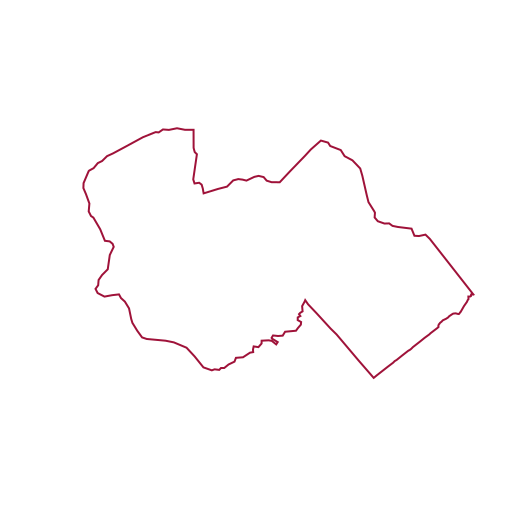 outline of Haut-Nyong, Est, Cameroon, rotated 322°
{"feature_id": "32672807B24706785822934", "entity_name": "Haut-Nyong", "entity_type": "district", "adm_level": 2, "iso_a3": "CMR", "parent_name": "Cameroon", "parent_adm1": "Est", "projection": "albers", "projection_center": [13.641, 3.366], "detail": "fine", "context": "isolated", "style": "outline", "palette": "rose", "viewbox_px": 512, "rotation_deg": 322, "n_neighbors": 0, "source": "geoboundaries", "source_scale": "gbopen_adm2", "svg_char_len": 2599}
<svg xmlns="http://www.w3.org/2000/svg" viewBox="0 0 512 512"><g transform="rotate(322 256 256)"><path d="M150.6,122.9L151.5,125.6L149.7,139.0L146.3,151.0L149.7,154.4L150.5,158.1L149.5,161.2L141.4,165.2L131.0,175.2L123.0,176.2L117.2,178.0L113.6,181.9L109.3,183.1L108.4,187.7L111.6,194.7L118.5,198.3L124.4,201.9L123.7,206.0L124.6,211.2L123.7,219.1L118.9,228.8L117.4,232.7L117.3,233.9L116.4,241.8L116.2,247.5L116.1,250.0L118.8,254.1L132.3,266.8L132.7,267.2L138.1,273.5L144.8,285.5L145.8,297.3L146.0,311.4L150.8,318.9L153.6,319.8L156.9,323.1L159.5,322.7L162.0,324.7L167.6,324.6L174.0,326.0L177.5,323.9L183.4,327.8L191.8,328.5L194.6,330.0L196.0,327.9L198.5,325.8L201.8,329.3L206.5,328.4L208.3,326.2L214.0,330.2L216.2,332.6L217.5,338.1L220.1,337.2L217.7,330.8L217.9,330.1L220.5,329.1L224.1,332.6L228.0,335.2L232.3,333.6L241.5,339.5L244.6,338.6L249.1,337.7L250.9,335.8L249.4,332.2L251.1,330.1L254.0,330.6L254.1,328.3L255.9,328.0L258.6,328.3L261.5,323.9L266.2,321.9L267.6,321.1L267.3,326.1L268.5,338.6L270.1,359.1L271.2,367.4L272.5,401.5L273.7,424.5L274.3,424.5L278.0,424.4L292.0,424.4L298.4,424.5L300.6,424.2L302.7,424.5L309.7,424.4L317.5,424.4L318.5,424.5L318.9,424.7L321.3,424.7L323.5,424.4L327.3,424.4L333.1,424.4L338.3,424.3L344.6,424.5L345.0,424.4L345.9,424.3L354.6,424.4L356.1,424.3L356.7,423.3L358.0,422.4L358.8,422.4L359.8,422.0L361.8,422.0L362.4,421.9L363.6,421.7L367.2,422.5L369.6,422.7L371.0,422.4L374.3,422.6L375.9,422.8L377.9,424.0L378.5,424.7L379.3,425.8L380.1,426.6L380.4,426.6L381.1,426.5L382.0,426.1L382.7,426.1L389.1,423.5L394.0,422.0L394.5,421.7L395.9,421.0L396.9,420.8L398.4,418.7L399.9,419.8L400.7,419.9L401.8,418.8L402.1,418.7L402.6,418.9L403.2,420.1L403.6,420.2L403.5,349.5L402.7,343.5L396.7,340.6L393.3,337.6L395.4,330.2L385.7,320.5L382.1,316.3L381.0,312.3L377.2,309.5L373.4,303.6L373.2,298.7L376.4,295.1L376.7,293.6L377.8,282.8L380.6,276.5L389.2,258.2L392.0,251.2L390.9,240.0L387.3,231.9L388.0,224.7L382.2,215.0L382.6,211.0L378.2,205.0L364.8,205.8L356.4,207.2L334.9,210.2L320.1,212.5L313.7,207.4L310.8,203.2L310.6,198.5L307.4,194.5L303.6,192.7L302.9,192.5L294.9,190.7L292.4,187.5L289.3,184.4L288.7,184.2L284.6,182.4L275.9,183.5L267.2,179.7L253.3,174.4L255.6,170.1L257.1,166.3L256.3,163.3L252.2,161.0L253.7,157.0L272.1,139.4L271.7,136.4L272.6,134.2L273.4,132.4L284.5,118.1L277.7,112.8L272.4,106.7L265.0,103.0L260.6,99.0L255.4,98.7L253.2,96.6L250.6,95.8L240.1,92.8L220.3,89.5L206.4,87.1L200.1,85.6L193.2,86.4L188.5,85.4L182.1,86.8L177.2,86.0L176.4,86.1L165.0,92.4L161.8,96.2L160.1,102.6L157.0,112.1L151.6,117.9L150.6,122.9Z" fill="none" stroke="#9f1239" stroke-width="2"/></g></svg>